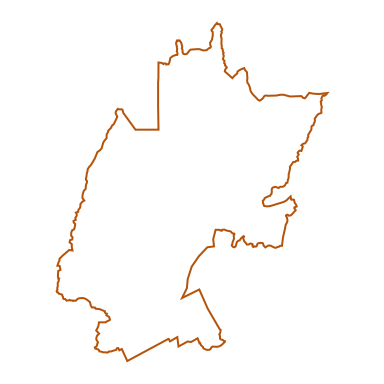 outline of Long Khanh, Đồng Nai, Vietnam
{"feature_id": "81297802B61199528191319", "entity_name": "Long Khanh", "entity_type": "district", "adm_level": 2, "iso_a3": "VNM", "parent_name": "Vietnam", "parent_adm1": "Đồng Nai", "projection": "robinson", "projection_center": [107.227, 10.939], "detail": "fine", "context": "isolated", "style": "outline", "palette": "amber", "viewbox_px": 384, "rotation_deg": 0, "n_neighbors": 0, "source": "geoboundaries", "source_scale": "gbopen_adm2", "svg_char_len": 5868}
<svg xmlns="http://www.w3.org/2000/svg" viewBox="0 0 384 384"><path d="M220.7,330.0L219.6,329.1L207.6,308.4L199.3,289.5L182.1,298.0L186.9,288.1L187.7,279.2L191.7,266.6L198.9,256.2L207.3,247.3L214.0,246.4L213.2,239.2L215.6,229.8L219.3,229.8L220.3,230.5L221.0,230.2L221.7,230.7L222.1,229.8L224.3,229.6L226.8,230.6L230.6,231.4L232.5,233.4L234.0,233.5L234.4,233.8L234.4,234.3L233.7,235.4L234.0,238.7L232.6,242.2L232.3,244.2L231.7,245.1L232.1,246.0L233.4,247.2L234.2,247.2L235.5,246.6L236.9,242.0L238.2,240.9L239.7,240.3L241.1,238.3L243.3,236.2L243.8,236.2L244.1,236.6L243.4,238.0L243.4,238.8L244.3,241.5L245.6,242.6L246.8,244.5L248.6,244.5L250.3,243.5L252.4,244.0L252.6,244.4L252.4,245.8L252.8,246.7L253.3,247.0L253.7,246.9L254.2,246.3L255.5,246.6L256.5,246.4L257.3,244.2L257.8,243.5L260.4,242.8L262.6,243.1L263.0,243.4L263.5,245.4L265.3,247.4L268.4,245.5L270.8,245.7L274.1,247.5L275.9,247.8L277.7,246.9L279.0,246.7L280.1,245.8L282.0,245.8L283.0,237.2L284.9,229.1L285.7,224.8L287.1,222.3L287.5,220.5L286.9,217.3L286.1,216.3L286.0,215.4L287.2,214.7L288.1,215.0L288.9,215.7L290.6,215.4L291.7,214.6L295.7,210.2L294.3,208.2L294.5,207.3L296.7,206.5L296.4,205.3L294.7,202.7L293.9,199.7L293.3,199.5L291.8,199.8L291.1,199.5L290.6,196.4L286.2,200.6L283.5,202.0L270.1,206.1L267.2,206.4L264.2,206.0L263.0,203.0L262.8,200.8L264.3,199.4L264.6,198.1L269.2,195.9L270.1,195.8L271.1,194.1L271.5,193.9L271.8,191.8L271.7,189.5L272.2,188.2L272.8,187.6L275.2,186.8L278.6,188.0L280.2,186.8L283.2,186.7L285.0,185.3L286.0,183.1L287.4,182.7L287.9,179.8L288.6,178.1L288.7,173.8L289.1,173.0L290.0,168.6L289.9,166.8L293.3,162.0L295.4,161.8L295.9,161.1L296.7,160.7L298.1,160.6L298.0,158.4L297.2,156.9L298.7,154.4L297.7,153.1L297.7,152.5L298.8,151.2L299.7,150.6L301.4,151.0L302.8,146.7L302.7,146.3L301.4,145.3L303.0,143.8L305.2,143.3L307.4,140.0L307.6,137.8L308.3,136.8L308.2,134.8L311.4,129.5L311.5,126.5L312.1,125.8L313.4,125.3L313.8,123.6L314.9,121.4L314.8,118.4L315.9,117.2L316.6,115.8L318.4,114.0L321.4,112.9L321.3,109.9L321.6,107.7L321.9,106.8L321.4,105.8L321.1,104.1L321.2,103.2L320.7,101.9L320.8,101.4L321.8,100.4L321.4,98.2L322.7,95.8L323.2,95.5L324.2,95.8L324.6,95.7L325.8,94.9L327.4,93.0L319.2,94.0L313.5,93.7L309.2,92.9L305.0,98.3L303.3,98.0L301.4,96.1L290.1,96.5L283.3,94.7L280.0,94.8L276.9,95.5L268.1,95.8L265.4,95.5L264.2,96.2L263.2,97.9L261.9,99.2L259.8,100.7L258.3,100.0L252.5,94.0L250.6,91.1L249.9,87.5L248.5,84.1L247.4,82.7L247.1,80.0L247.4,78.5L247.0,72.3L245.2,70.2L244.1,68.1L240.4,69.6L237.9,71.2L237.3,72.2L237.3,73.3L234.1,76.1L232.4,78.2L224.8,71.4L225.4,69.1L226.5,68.0L226.8,67.4L226.0,66.3L225.1,65.6L225.1,64.1L224.1,63.0L224.5,61.0L222.9,59.1L223.8,55.9L223.1,54.1L223.7,52.9L223.0,51.8L222.6,49.0L221.7,48.3L221.8,45.7L221.4,44.0L221.6,38.1L221.1,37.2L220.9,34.7L221.7,33.3L221.8,32.6L221.3,31.6L222.2,30.2L222.2,29.1L220.7,26.4L220.1,24.6L219.8,24.2L217.6,24.1L217.0,23.0L214.8,25.4L213.1,28.1L211.5,29.9L211.6,30.8L212.7,31.9L212.8,35.2L212.0,39.6L210.1,42.7L210.3,45.2L210.8,46.3L210.8,47.1L210.1,47.9L208.6,48.4L206.9,50.0L205.8,50.3L203.1,50.4L199.6,49.2L198.0,49.1L190.7,49.6L189.5,50.5L187.1,53.7L186.2,54.1L184.2,54.2L183.4,53.8L182.6,52.4L182.5,49.8L181.8,48.2L182.2,47.0L182.1,46.1L181.1,42.4L180.0,41.2L179.8,40.5L179.2,40.3L178.6,40.8L177.2,40.3L176.9,40.5L176.9,41.7L176.4,42.0L176.2,42.5L176.1,43.9L176.9,46.4L176.8,47.5L177.2,48.8L176.8,51.4L177.3,52.3L177.5,54.4L177.2,54.9L175.7,55.0L172.8,56.1L170.8,57.6L170.4,58.0L169.3,62.7L168.5,64.3L167.4,64.2L166.3,64.6L165.8,63.6L165.5,63.5L164.1,63.4L163.4,64.1L161.8,62.9L158.5,62.5L158.4,77.9L158.1,82.7L158.1,106.5L158.5,129.7L135.5,129.7L123.3,112.9L122.5,109.7L121.5,109.3L118.6,109.3L117.9,108.8L116.2,110.9L115.7,112.2L115.7,113.5L117.3,116.7L115.3,121.1L113.8,124.1L111.8,125.9L111.0,127.9L108.2,130.7L108.2,131.7L106.8,134.2L106.6,135.0L106.6,138.1L104.2,141.0L103.3,142.5L101.6,148.4L100.0,150.2L97.4,152.1L94.8,158.5L92.2,163.0L90.5,165.5L88.9,167.2L87.6,169.4L87.6,170.9L86.8,173.4L86.4,176.9L85.9,178.7L86.0,179.8L86.8,180.6L87.0,182.5L86.4,183.6L85.9,185.4L85.6,189.0L83.8,190.8L82.6,194.9L82.4,198.0L84.3,200.6L82.4,201.7L80.4,204.1L80.4,206.1L80.0,207.8L78.4,209.8L78.2,211.8L75.9,212.6L76.8,214.1L76.6,215.9L75.3,217.9L75.8,219.8L73.5,220.9L73.7,222.4L75.2,224.0L74.8,227.1L74.0,229.5L72.3,230.1L71.3,232.3L71.1,235.6L72.6,237.3L72.2,239.5L70.0,240.2L69.6,242.4L71.8,244.1L71.8,247.4L72.5,250.5L69.2,250.0L62.9,255.4L59.4,258.9L59.6,260.2L58.6,262.2L57.4,265.7L59.6,265.9L60.5,269.9L58.2,271.0L57.9,276.4L58.3,278.6L59.1,278.6L58.7,280.0L58.7,281.2L57.7,282.9L57.8,286.1L57.2,288.2L57.5,289.4L56.6,291.2L57.1,292.3L58.2,292.4L58.8,293.7L62.1,294.6L62.4,296.0L62.9,296.5L63.2,298.5L63.8,299.0L65.3,299.1L66.5,300.6L68.3,300.5L69.7,299.9L70.6,300.5L72.1,300.4L73.1,301.0L74.0,300.5L75.4,300.8L76.1,300.5L77.6,298.9L78.6,298.4L82.0,298.0L84.4,298.3L87.1,299.8L89.9,302.1L90.9,305.9L92.0,307.5L93.5,307.3L94.5,307.8L95.3,307.7L95.6,308.7L99.9,309.2L104.9,311.3L104.8,312.0L105.2,312.9L106.2,313.6L106.9,313.7L106.3,315.2L109.0,316.8L110.0,319.5L109.7,320.1L106.9,321.4L105.6,322.3L99.0,322.3L98.3,326.4L96.2,330.5L99.1,333.6L97.0,335.8L96.3,338.1L96.3,339.4L98.0,342.4L97.1,344.2L97.1,345.0L96.5,346.4L94.8,347.4L95.0,348.0L95.5,348.7L96.6,348.8L97.2,349.3L98.3,349.4L98.8,350.0L99.4,351.4L101.1,351.6L103.1,352.3L105.9,352.3L106.9,352.6L107.9,352.5L108.7,351.5L110.7,351.5L116.3,349.8L116.9,348.3L118.3,348.1L119.4,350.3L121.8,349.0L127.3,361.0L168.4,338.9L168.8,339.0L170.0,341.4L177.3,337.1L178.5,346.5L187.7,341.5L191.1,342.0L197.6,338.3L199.5,343.2L200.0,342.9L201.1,345.4L203.0,347.0L203.2,348.0L204.3,348.9L206.4,349.7L207.5,349.9L209.4,349.8L210.3,349.3L211.7,347.1L212.4,346.6L217.6,346.8L220.2,345.9L221.8,344.8L224.9,341.8L225.0,341.3L223.5,340.7L222.7,339.9L220.5,339.3L220.0,338.5L220.0,335.9L219.3,334.3L220.1,333.1L220.7,330.0Z" fill="none" stroke="#b45309" stroke-width="2"/></svg>